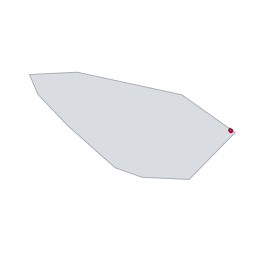 Bruceville/Shanty Town, Vieux Fort, Saint Lucia (highlighted), rotated 280°
{"feature_id": "8701671B31536824051324", "entity_name": "Bruceville/Shanty Town", "entity_type": "district", "adm_level": 2, "iso_a3": "LCA", "parent_name": "Saint Lucia", "parent_adm1": "Vieux Fort", "projection": "robinson", "projection_center": [-60.948, 13.726], "detail": "fine", "context": "in_parent", "style": "filled", "palette": "rose", "viewbox_px": 256, "rotation_deg": 280, "n_neighbors": 0, "source": "geoboundaries", "source_scale": "gbopen_adm2", "svg_char_len": 982}
<svg xmlns="http://www.w3.org/2000/svg" viewBox="0 0 256 256"><g transform="rotate(280 128 128)"><path d="M170.0,175.2L142.1,234.2L88.0,197.2L81.9,150.6L86.6,122.3L119.7,68.4L145.5,33.4L163.6,21.8L174.1,68.3L170.0,175.2Z" fill="#d9dde1" stroke="#a8b0b8" stroke-width="1"/><path d="M141.5,229.6L141.5,229.8L141.4,229.9L141.4,230.0L141.5,230.1L141.5,230.3L141.7,230.5L141.8,230.5L142.0,230.6L142.1,230.8L142.2,231.0L142.3,231.1L142.4,231.3L142.5,231.3L142.6,231.5L144.2,231.0L144.2,230.9L144.3,230.9L144.3,230.7L144.4,230.4L144.4,230.2L144.5,230.2L144.6,229.9L144.6,229.7L144.8,229.5L144.8,229.4L145.0,229.3L145.0,229.2L145.2,228.9L145.3,228.8L145.3,228.7L144.4,228.0L143.9,227.8L143.9,228.0L144.0,228.2L143.9,228.2L143.9,228.3L143.9,228.5L143.7,228.6L143.7,228.8L143.7,228.7L143.6,228.4L143.5,228.2L143.4,228.2L143.2,228.0L142.9,228.0L142.5,228.1L142.5,228.6L142.4,229.2L141.7,229.2L141.6,229.3L141.6,229.6L141.5,229.6Z" fill="#f43f5e" stroke="#9f1239" stroke-width="1.5"/></g></svg>